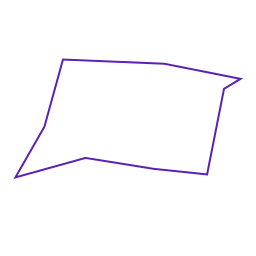 outline of Umm Salal, rotated 101°
{"feature_id": "QAT-1107", "entity_name": "Umm Salal", "entity_type": "Municipality", "adm_level": 1, "iso_a3": "QAT", "parent_name": "Qatar", "parent_adm1": "", "projection": "albers", "projection_center": [51.351, 25.463], "detail": "fine", "context": "isolated", "style": "outline", "palette": "violet", "viewbox_px": 256, "rotation_deg": 101, "n_neighbors": 0, "source": "natural_earth", "source_scale": "10m", "svg_char_len": 276}
<svg xmlns="http://www.w3.org/2000/svg" viewBox="0 0 256 256"><g transform="rotate(101 128 128)"><path d="M58.3,26.9L71.2,41.2L158.5,41.5L163.2,95.1L165.5,164.1L198.0,229.1L142.7,210.3L73.2,204.9L58.0,104.6L58.3,26.9Z" fill="none" stroke="#5b21b6" stroke-width="2"/></g></svg>